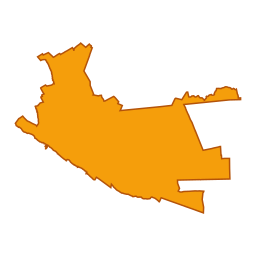 outline of Panciu, Vrancea, Romania
{"feature_id": "2599482B28492599509343", "entity_name": "Panciu", "entity_type": "district", "adm_level": 2, "iso_a3": "ROU", "parent_name": "Romania", "parent_adm1": "Vrancea", "projection": "robinson", "projection_center": [27.104, 45.901], "detail": "fine", "context": "isolated", "style": "filled", "palette": "amber", "viewbox_px": 256, "rotation_deg": 0, "n_neighbors": 0, "source": "geoboundaries", "source_scale": "gbopen_adm2", "svg_char_len": 5540}
<svg xmlns="http://www.w3.org/2000/svg" viewBox="0 0 256 256"><path d="M203.4,212.9L203.6,208.0L203.6,207.1L202.2,199.6L202.9,193.0L203.1,192.6L203.7,191.8L203.8,191.2L199.6,190.9L197.3,191.0L195.1,190.9L192.0,191.1L189.3,191.3L184.0,191.5L183.3,191.6L181.9,192.0L180.1,192.0L178.2,191.1L179.5,188.4L177.6,183.3L177.5,180.1L199.7,179.6L200.1,179.7L200.8,179.7L201.3,179.6L229.9,179.0L229.6,168.7L229.5,158.4L224.8,158.4L221.7,158.7L221.4,155.2L221.0,155.2L220.5,146.5L219.5,146.6L218.5,147.0L213.3,148.1L212.0,148.5L203.1,150.3L195.9,132.3L195.7,131.8L195.4,131.4L195.5,131.3L195.5,131.2L194.6,129.3L192.0,122.5L190.4,119.7L188.7,115.6L188.7,115.3L188.3,114.7L187.4,112.8L187.1,112.0L186.5,110.9L186.2,109.9L185.6,108.7L185.6,108.1L185.5,107.8L184.7,106.4L183.8,104.5L229.4,99.9L240.6,99.6L240.6,97.9L238.3,98.0L238.2,96.4L237.9,95.0L237.4,94.0L236.4,89.2L235.9,89.6L235.3,89.7L234.7,89.3L234.5,88.9L233.4,88.4L232.4,89.1L231.9,89.1L231.5,89.0L230.8,88.1L229.8,87.6L228.5,87.5L227.0,86.9L225.9,86.8L225.2,86.8L224.2,87.5L222.0,88.0L221.3,88.5L219.7,88.5L218.6,88.4L216.6,88.5L216.1,90.7L215.4,91.1L214.2,93.6L214.4,94.4L214.0,94.9L213.2,95.2L212.0,95.2L211.6,95.0L211.3,94.5L209.2,95.1L208.8,95.5L208.4,96.0L208.0,96.4L207.5,96.5L207.2,96.4L206.7,96.2L206.2,96.6L206.3,98.2L205.6,98.8L204.8,99.6L204.6,100.2L204.3,100.3L204.2,99.7L203.1,98.9L202.4,98.0L201.5,97.8L200.8,97.9L199.9,97.7L199.2,97.0L198.4,95.7L197.6,95.8L197.3,96.0L196.9,96.5L195.8,97.0L195.2,96.9L194.5,96.7L193.8,95.8L191.8,96.0L191.2,96.6L190.6,97.0L189.0,97.0L188.8,96.8L188.7,96.5L188.6,96.1L187.7,92.1L186.5,92.2L181.8,99.7L176.1,98.3L175.5,98.3L175.0,98.7L171.8,105.4L160.2,106.7L120.1,110.6L120.6,109.7L122.3,105.5L117.8,103.6L118.7,101.8L115.2,97.7L113.9,96.5L113.7,96.4L105.0,101.0L104.0,101.1L103.9,101.1L103.7,100.1L103.2,99.1L101.8,97.3L101.4,95.3L99.8,95.4L98.5,95.9L93.2,94.9L93.7,94.4L90.2,85.5L90.1,81.6L83.9,71.0L89.6,55.4L89.6,55.0L92.2,47.8L91.5,47.6L91.0,47.2L91.3,47.0L91.4,46.7L91.3,45.8L90.2,45.1L89.3,44.1L85.7,47.3L80.7,43.1L79.7,44.1L76.6,46.3L74.2,48.5L74.1,49.1L73.9,49.5L73.9,50.2L73.7,50.2L73.4,49.1L72.9,48.6L72.7,48.0L72.4,47.6L66.5,51.1L65.0,51.8L64.6,52.2L60.8,54.3L60.6,54.5L59.7,53.5L59.4,53.6L57.7,54.5L54.8,56.5L53.3,57.3L52.3,56.2L48.4,52.6L43.2,55.0L42.5,53.8L37.6,56.8L37.9,57.2L40.7,60.5L41.9,59.9L43.7,59.6L45.3,59.6L45.8,59.9L45.9,60.5L46.0,60.6L46.2,61.0L46.5,61.2L47.0,62.5L47.4,62.6L47.8,63.5L48.7,65.2L48.9,66.0L49.3,66.8L49.5,67.2L49.6,67.9L49.9,68.4L50.1,68.9L50.6,69.6L50.6,70.1L50.8,70.3L51.7,72.3L51.5,72.8L51.5,73.0L51.7,73.3L51.7,73.9L52.2,75.2L52.2,76.4L52.3,76.8L52.5,77.3L52.3,78.4L52.4,78.7L52.9,79.3L52.6,79.7L52.6,80.1L52.7,80.3L53.5,81.2L53.7,82.1L53.6,82.5L53.7,82.8L54.0,83.0L54.1,83.7L53.7,83.6L53.4,83.7L51.6,85.1L47.1,86.0L46.8,86.1L45.5,85.0L41.0,87.6L40.7,88.0L40.9,88.6L42.8,92.1L44.0,93.9L41.8,95.0L41.8,95.4L42.3,96.4L40.9,97.0L41.0,97.8L42.4,100.3L43.3,102.1L40.1,103.0L39.4,103.9L38.0,105.3L38.0,105.6L37.9,105.7L36.3,106.1L35.3,106.2L35.2,106.3L35.3,106.7L35.7,107.0L35.7,107.4L35.9,108.5L36.4,108.8L36.3,109.1L36.5,109.3L36.4,109.8L36.7,110.0L36.9,110.3L36.9,110.9L36.8,111.2L37.1,111.4L37.1,111.6L37.3,111.8L37.1,112.4L37.6,112.7L37.5,114.1L37.8,114.9L37.7,115.7L37.7,116.1L37.9,116.4L37.9,117.1L37.9,117.7L38.3,118.6L38.3,119.1L38.4,119.4L38.4,120.0L38.3,120.5L38.4,121.8L38.6,122.5L38.4,123.7L36.7,126.1L36.3,125.4L35.9,125.1L32.2,123.4L29.1,121.7L28.1,121.3L27.0,120.7L24.2,117.9L22.7,116.1L20.2,117.8L20.0,118.0L18.8,118.6L15.4,123.3L15.5,123.4L15.9,124.3L16.2,125.6L16.5,125.8L18.0,126.7L18.4,127.3L19.2,127.1L21.2,128.6L22.3,130.3L23.1,131.3L24.0,132.0L25.7,132.4L27.3,133.4L28.2,133.2L28.9,133.3L31.9,134.4L32.9,135.0L33.8,135.7L34.3,136.3L34.8,137.4L34.9,138.2L35.8,138.6L36.4,138.9L37.5,140.1L39.2,141.3L39.7,141.8L40.6,141.9L41.5,142.5L42.3,142.8L42.6,142.8L43.0,142.5L44.0,143.1L44.1,143.7L45.6,144.0L46.4,144.8L46.1,145.2L45.1,146.3L45.2,146.6L45.5,146.7L45.9,146.5L46.3,146.4L46.5,147.1L46.4,147.3L45.9,147.9L45.6,148.5L45.6,148.8L45.8,148.8L46.3,148.4L46.8,147.8L47.2,147.1L47.4,146.1L47.6,145.9L47.5,145.4L47.6,145.1L47.9,145.2L48.5,145.8L49.3,146.5L49.7,147.1L50.8,147.6L52.7,149.3L53.3,150.2L55.7,151.4L56.3,152.0L57.4,153.2L57.5,153.8L58.3,154.0L58.6,154.5L60.4,156.0L61.0,156.6L63.8,158.9L65.4,159.9L66.3,160.8L66.5,160.7L66.9,159.7L67.2,159.5L68.4,159.7L68.9,159.9L69.3,160.2L69.4,160.5L70.0,161.1L70.2,161.5L70.5,162.0L72.6,163.9L74.0,164.6L74.0,164.8L74.1,165.0L74.7,164.9L74.9,165.3L76.3,166.1L77.2,166.4L77.8,166.4L77.9,166.7L77.5,167.1L77.5,167.3L78.7,167.0L79.4,167.4L80.3,167.6L82.2,168.6L82.7,169.0L82.9,169.3L83.5,169.5L84.0,169.9L84.5,170.7L85.7,171.1L86.1,171.9L86.7,172.1L86.3,172.8L86.2,173.2L86.7,172.9L87.0,173.0L87.4,173.6L87.1,173.9L87.1,174.0L87.3,174.1L87.8,174.1L88.3,174.5L90.2,176.5L91.7,177.7L93.0,179.1L93.8,179.7L94.9,179.8L95.1,179.5L96.4,177.3L97.3,177.8L99.6,179.4L110.8,187.6L111.4,184.2L112.6,185.5L113.7,187.1L114.9,188.2L115.3,188.4L115.6,188.9L116.7,190.0L117.7,190.6L118.9,191.2L119.1,191.4L119.8,191.8L119.9,192.0L121.8,193.1L122.7,193.1L123.9,193.6L126.5,194.2L128.3,194.3L130.0,195.2L131.5,195.9L132.2,196.1L132.7,196.5L132.9,196.7L135.2,196.3L136.1,196.2L137.2,197.0L137.9,197.2L139.0,197.1L141.2,197.1L141.6,197.4L142.2,198.2L143.0,198.6L143.8,198.8L145.9,198.7L147.1,199.0L149.7,198.7L150.2,198.5L150.6,197.8L151.3,197.2L152.0,197.0L152.8,197.5L154.1,197.9L155.2,198.4L155.8,198.9L156.8,199.6L158.1,200.7L159.2,201.8L159.4,201.6L160.2,200.1L160.5,199.1L161.2,197.8L203.4,212.9Z" fill="#f59e0b" stroke="#b45309" stroke-width="1.5"/></svg>